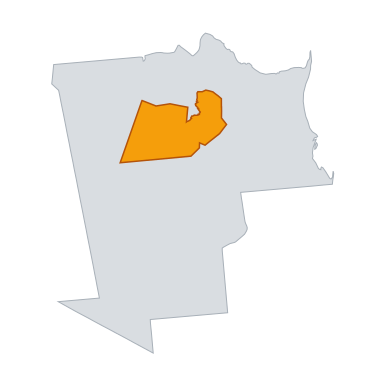 Mauritania, with Tagant highlighted, rotated 175°
{"feature_id": "MRT-2798", "entity_name": "Tagant", "entity_type": "Region", "adm_level": 1, "iso_a3": "MRT", "parent_name": "Mauritania", "parent_adm1": "", "projection": "mercator", "projection_center": [-11.398, 18.406], "detail": "fine", "context": "in_parent", "style": "filled", "palette": "amber", "viewbox_px": 384, "rotation_deg": 175, "n_neighbors": 0, "source": "natural_earth", "source_scale": "10m", "svg_char_len": 4252}
<svg xmlns="http://www.w3.org/2000/svg" viewBox="0 0 384 384"><g transform="rotate(175 192 192)"><path d="M160.8,347.6L160.3,347.4L157.8,345.6L156.6,343.6L154.7,342.0L152.0,341.0L150.2,339.8L149.4,338.5L148.4,337.6L147.3,337.1L147.2,336.6L147.5,336.0L147.2,334.7L145.6,332.0L144.2,330.8L142.9,331.0L142.2,330.6L141.7,330.0L141.6,329.1L140.7,328.4L139.2,328.0L138.0,326.0L137.1,322.3L135.9,319.4L134.5,317.3L133.4,316.5L132.7,316.4L132.4,316.1L132.2,315.5L131.1,315.3L129.5,315.9L128.0,315.7L127.3,314.7L126.4,314.6L125.1,315.4L123.8,315.2L122.3,313.8L121.4,312.5L121.3,311.2L118.7,308.6L113.7,304.7L108.2,302.8L102.3,303.1L99.0,302.9L98.3,302.3L97.6,302.3L96.8,303.0L96.1,303.2L95.2,302.8L94.7,303.1L94.5,304.1L92.4,304.6L88.5,304.6L85.3,305.2L82.9,306.4L79.4,307.0L75.0,306.8L72.3,306.4L71.4,305.6L70.1,305.5L68.5,305.8L67.0,307.8L65.7,311.3L64.6,313.3L63.7,313.8L62.8,316.4L62.3,320.8L61.5,322.7L61.5,311.8L62.8,307.7L63.2,304.1L65.9,296.2L69.2,289.7L72.2,281.1L73.3,272.7L72.9,264.5L72.0,257.2L70.5,252.3L69.1,245.3L66.9,241.6L62.9,238.3L62.0,236.4L63.0,235.7L65.4,235.2L66.9,232.7L63.7,233.7L67.4,225.9L68.6,220.6L68.4,217.1L69.1,214.9L66.2,210.3L64.0,204.4L62.9,203.4L61.7,203.0L61.6,204.3L60.9,205.6L59.5,204.8L57.0,200.5L53.6,193.6L52.4,192.8L51.4,193.8L50.7,194.7L49.6,200.5L49.2,198.2L49.7,195.5L50.6,192.1L51.5,187.5L54.5,187.5L59.9,187.5L70.6,187.4L75.9,187.4L86.6,187.4L92.0,187.4L102.7,187.4L108.0,187.4L118.7,187.4L124.1,187.4L134.8,187.4L140.1,187.4L143.6,187.4L143.4,184.0L143.3,181.4L143.0,177.8L142.8,174.3L142.6,170.7L142.4,167.4L142.2,164.1L142.0,161.0L141.8,158.1L141.5,156.5L140.4,153.2L140.1,151.6L140.4,149.9L141.2,148.3L143.3,145.4L146.4,143.1L150.1,140.5L152.9,138.5L154.3,138.0L158.6,137.3L162.1,135.8L165.4,134.3L166.8,133.5L167.0,130.7L167.0,68.6L183.5,68.6L187.8,68.6L218.3,68.6L222.6,68.6L244.7,68.6L244.8,65.6L244.8,61.4L244.7,55.5L244.7,49.6L244.7,39.3L244.7,34.9L249.1,37.8L257.9,43.6L262.3,46.5L271.0,52.3L279.8,58.0L288.6,63.8L293.0,66.6L297.4,69.5L301.8,72.4L306.1,75.3L314.9,81.0L318.6,83.4L324.2,87.2L329.5,90.8L334.8,94.4L326.6,94.4L315.7,94.4L308.3,94.4L300.6,94.4L293.5,94.4L294.1,100.3L294.8,106.7L295.4,113.0L296.1,119.4L296.7,125.8L298.7,144.7L299.4,151.0L300.1,157.3L300.7,163.6L301.4,169.8L302.7,182.3L303.4,188.6L304.1,194.8L304.7,201.0L305.4,207.2L306.0,213.4L307.4,225.7L308.0,231.9L308.7,238.0L309.4,244.2L310.0,250.3L310.7,256.4L311.4,262.6L312.0,268.7L313.3,280.9L314.0,286.9L314.7,293.0L315.3,299.1L316.0,304.9L318.8,308.0L322.3,311.9L321.2,317.4L320.0,323.9L318.7,331.0L309.0,331.0L299.5,331.0L275.7,331.0L270.9,331.0L247.2,331.0L242.4,331.0L233.2,331.0L230.5,330.8L229.5,330.3L229.2,326.6L228.3,326.8L227.4,327.9L226.9,329.1L227.1,330.6L226.9,331.9L223.9,332.4L219.7,333.3L215.4,333.9L211.0,333.7L209.5,333.4L207.9,332.9L204.4,332.4L202.5,332.3L200.3,332.5L197.8,332.7L196.9,333.4L195.0,336.2L193.1,339.3L191.9,339.3L190.5,337.6L186.7,334.3L182.1,330.0L180.1,327.8L178.9,327.6L176.8,329.1L174.9,330.6L172.9,332.7L172.0,334.7L171.3,337.0L171.0,339.8L170.3,343.1L168.7,345.7L166.8,347.7L165.4,348.6L164.9,349.1L160.8,347.6ZM65.3,227.9L63.8,230.3L63.2,229.4L62.9,227.8L64.2,225.5L64.9,224.4L66.0,223.9L65.3,227.9Z" fill="#d9dde1" stroke="#a8b0b8" stroke-width="1"/><path d="M180.2,240.3L180.3,239.5L180.8,235.3L181.3,234.9L189.9,227.8L190.4,227.8L261.0,227.4L233.9,287.4L233.8,287.5L220.7,281.0L220.5,280.8L206.2,281.8L196.3,278.9L188.8,276.8L191.4,262.3L190.6,262.8L190.0,262.8L188.3,263.5L187.5,264.0L186.8,264.9L186.1,265.4L186.7,266.0L185.9,267.1L185.7,267.6L185.1,267.5L183.7,268.0L183.1,268.4L182.6,268.3L182.4,268.1L182.1,268.2L181.5,268.1L180.0,268.0L179.3,268.1L179.2,268.8L177.9,268.7L177.9,269.9L177.1,270.3L176.8,271.0L177.3,271.5L177.4,271.8L178.0,272.8L178.9,274.5L178.3,274.5L179.1,275.7L179.2,276.0L180.1,276.9L180.5,277.5L180.8,277.9L180.8,278.1L180.6,278.3L181.0,279.0L180.8,279.7L180.1,279.9L179.4,280.4L178.7,280.8L179.6,281.0L179.7,282.0L178.8,282.4L179.2,283.7L178.6,285.1L178.4,288.5L178.4,290.1L177.4,291.4L173.1,291.0L169.4,292.3L166.1,291.3L162.4,289.9L160.1,287.7L157.8,285.7L154.6,282.4L155.3,274.1L155.2,274.1L155.5,270.0L156.2,263.2L151.7,256.3L156.7,250.8L159.4,247.8L169.9,240.9L174.9,237.5L180.2,240.3Z" fill="#f59e0b" stroke="#b45309" stroke-width="1.5"/></g></svg>